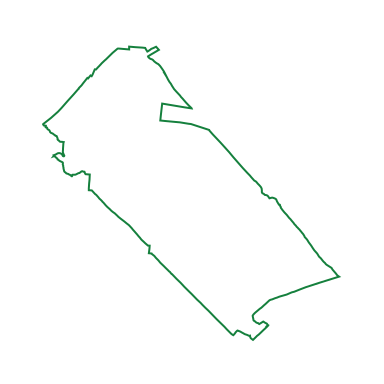 the district of Ibanesti, Botosani, Romania, rotated 186°
{"feature_id": "2599482B35973270357670", "entity_name": "Ibanesti", "entity_type": "district", "adm_level": 2, "iso_a3": "ROU", "parent_name": "Romania", "parent_adm1": "Botosani", "projection": "equal_earth", "projection_center": [26.394, 48.051], "detail": "fine", "context": "isolated", "style": "outline", "palette": "green", "viewbox_px": 384, "rotation_deg": 186, "n_neighbors": 0, "source": "geoboundaries", "source_scale": "gbopen_adm2", "svg_char_len": 5955}
<svg xmlns="http://www.w3.org/2000/svg" viewBox="0 0 384 384"><g transform="rotate(186 192 192)"><path d="M320.0,276.6L325.2,269.5L330.5,262.0L333.7,257.8L340.0,250.9L347.1,244.0L347.1,243.7L346.9,243.6L346.5,242.8L346.1,242.6L345.2,242.6L344.3,242.7L344.2,242.6L344.4,241.2L344.2,241.0L343.0,240.9L342.7,240.5L342.6,239.9L342.5,239.7L341.9,239.2L341.2,238.9L340.5,238.6L340.2,238.3L339.7,237.5L339.3,236.7L338.9,236.4L338.5,236.1L336.7,235.6L335.6,234.9L334.8,234.4L333.9,234.0L333.7,233.8L333.6,233.6L332.8,233.6L332.5,233.5L331.4,231.5L331.0,230.3L331.1,230.2L330.9,229.9L330.5,229.6L330.1,229.4L329.7,229.2L328.9,228.4L328.3,228.2L326.2,228.3L324.8,228.2L325.0,227.5L325.0,226.9L324.8,221.4L324.7,220.3L324.7,219.3L324.6,218.1L324.3,217.4L324.0,216.8L323.6,216.0L323.0,215.1L322.8,214.7L322.9,214.4L323.2,214.1L323.6,214.1L324.0,214.2L324.3,214.5L324.9,215.4L325.3,215.9L325.9,216.3L326.7,216.6L327.4,216.8L328.4,216.8L329.7,216.4L331.5,215.0L333.0,214.3L333.2,214.2L332.9,214.0L333.5,213.0L332.7,213.4L332.4,213.3L331.9,212.8L331.3,212.5L330.7,211.9L329.9,211.5L329.3,211.0L329.1,210.3L328.2,210.0L327.4,209.4L326.7,209.0L324.9,208.4L324.3,208.2L323.6,207.8L323.5,207.5L323.4,207.2L323.4,206.8L323.4,205.8L322.9,204.9L322.7,203.6L322.4,203.0L322.2,201.8L321.6,200.2L321.3,199.3L320.7,198.6L319.7,198.1L319.0,197.4L318.1,197.2L316.9,197.0L316.0,196.5L315.1,196.3L314.3,195.7L313.7,195.4L313.1,195.1L312.9,195.3L313.0,195.9L313.0,196.4L312.8,196.6L312.4,196.7L311.3,196.8L309.6,197.1L308.2,198.0L307.3,198.6L306.8,198.9L306.0,199.1L304.9,200.1L304.1,200.9L303.6,201.1L303.2,201.2L302.6,201.0L301.6,200.8L301.1,200.9L300.8,200.4L300.7,200.0L300.0,198.9L299.7,198.6L295.5,198.7L295.2,193.5L295.2,189.9L295.0,184.7L294.8,183.0L291.8,183.1L288.1,179.8L287.0,179.2L284.5,176.9L283.6,175.9L281.7,174.5L280.6,173.6L280.1,173.0L279.0,172.2L277.1,170.4L276.6,169.9L274.7,168.3L271.9,166.3L271.1,165.6L270.1,164.8L268.4,163.7L266.7,162.8L264.2,160.9L263.3,160.2L262.9,159.8L262.0,159.2L260.3,158.1L256.2,155.6L253.8,154.0L252.0,152.9L251.1,152.3L247.8,149.4L247.2,148.7L245.0,146.7L243.4,145.2L242.3,144.2L240.5,142.4L238.8,140.9L238.4,140.4L237.4,139.4L236.4,138.6L235.0,137.6L233.1,136.1L230.2,134.1L228.5,134.2L228.4,131.8L228.4,130.2L228.5,126.6L225.8,126.6L225.7,126.3L225.4,126.2L225.2,126.0L222.8,124.5L221.0,122.7L219.4,121.4L218.3,120.5L216.9,119.1L216.2,118.4L212.2,115.3L210.5,113.9L207.7,111.7L206.4,110.6L205.6,110.2L204.8,109.3L203.7,108.3L203.4,108.3L198.3,104.0L193.8,100.5L189.7,96.9L184.1,92.4L181.8,90.6L175.7,85.5L171.8,82.6L170.0,81.0L166.7,78.3L163.4,75.8L161.0,73.8L156.6,70.1L154.2,68.1L145.7,61.4L143.1,59.1L138.3,55.2L137.7,54.8L137.2,54.5L136.0,53.9L135.3,54.7L134.4,56.1L133.9,57.1L133.2,58.0L132.8,58.5L132.5,58.8L132.2,59.0L129.3,58.2L127.8,57.5L126.3,56.9L125.0,56.3L124.5,56.1L122.5,55.7L120.1,54.9L119.3,55.2L119.1,54.4L119.0,54.0L118.7,53.4L118.3,52.8L117.4,52.2L115.9,51.3L115.2,52.1L112.9,54.9L112.2,55.8L110.8,57.1L109.0,59.2L106.5,62.2L105.5,63.3L103.8,65.3L104.1,65.5L104.1,65.8L103.1,66.9L102.8,66.6L102.3,67.1L102.2,67.4L102.8,67.7L103.3,68.2L103.7,68.8L104.2,69.1L105.0,69.3L106.3,69.9L107.1,70.4L107.6,70.6L111.3,67.7L111.7,67.9L112.5,68.5L113.2,68.5L114.6,69.0L116.1,70.1L116.5,70.3L117.1,70.5L117.4,70.9L117.5,71.1L117.7,72.0L118.4,74.1L118.7,75.1L118.7,75.5L118.4,76.0L117.9,76.9L116.7,78.4L112.3,83.0L111.1,84.0L109.9,85.3L108.8,86.6L107.1,88.4L104.0,92.0L103.5,92.5L102.4,93.1L101.0,93.6L98.4,95.0L95.9,96.1L95.1,96.6L93.6,97.3L87.1,99.9L82.9,102.3L82.1,102.7L79.9,103.5L74.8,106.2L68.7,109.3L55.2,115.3L36.9,123.2L38.8,124.3L40.5,126.1L44.2,129.6L45.3,131.1L47.1,132.0L49.5,133.2L50.5,133.7L51.4,134.3L52.3,135.3L53.7,136.3L54.8,137.3L56.9,139.5L58.9,141.0L60.1,142.6L61.1,143.9L64.2,146.7L66.0,148.8L67.9,151.2L70.6,154.1L71.5,155.3L72.7,156.8L73.9,157.9L75.2,159.0L75.7,160.0L76.0,160.5L76.5,161.0L76.8,161.5L77.6,162.3L78.5,163.1L79.2,163.9L80.7,165.3L81.3,166.0L82.2,166.6L83.2,167.6L84.1,168.2L84.7,168.8L85.1,169.3L85.4,169.6L85.7,169.8L86.2,170.2L86.8,170.7L87.8,171.9L89.5,173.5L91.4,175.4L92.2,176.0L92.7,176.4L95.3,179.1L98.0,181.4L100.4,183.8L100.9,184.4L102.1,185.7L102.1,186.3L102.4,186.7L103.2,187.7L103.2,187.9L103.1,188.1L103.2,188.4L103.5,188.6L104.2,188.5L105.8,190.6L106.5,191.6L106.9,192.3L107.4,193.3L107.8,193.7L109.1,194.3L111.3,194.8L112.0,194.7L113.4,194.2L114.2,193.8L114.3,193.8L115.2,194.9L116.2,196.0L116.8,196.4L118.1,196.7L119.1,196.7L119.4,196.8L120.5,197.7L121.2,197.9L121.7,198.1L121.8,198.1L122.3,198.7L122.5,199.1L122.6,199.8L122.6,200.4L123.1,202.7L123.4,203.2L124.0,204.1L124.6,204.7L125.9,205.9L127.5,207.2L128.9,208.6L129.7,209.2L131.3,209.9L134.6,212.9L136.1,214.4L139.0,216.8L142.2,219.6L143.7,220.9L147.5,224.4L154.4,230.8L158.3,234.6L159.1,235.4L168.9,244.2L177.4,251.5L181.2,255.0L181.4,255.5L200.2,259.5L202.4,259.5L211.3,260.0L218.1,259.9L226.1,259.8L231.0,259.8L231.0,265.3L230.9,276.8L207.9,275.4L201.1,275.1L201.2,275.3L204.5,277.9L207.3,280.3L210.5,283.3L211.0,283.8L212.9,285.4L213.6,286.2L213.8,286.5L218.3,290.4L220.6,292.5L221.7,293.9L223.0,295.5L223.4,296.1L224.3,297.4L226.0,299.2L227.7,301.5L229.1,303.7L230.4,305.4L231.4,306.7L231.0,306.6L232.5,308.9L234.6,311.4L236.9,314.0L238.8,315.6L239.2,315.8L239.8,316.0L241.4,316.8L243.3,318.0L244.6,319.2L245.0,319.4L245.8,319.8L247.0,320.0L247.5,320.2L248.4,320.7L249.1,321.2L249.6,321.7L249.9,322.3L246.6,324.9L245.2,325.9L239.8,329.9L242.9,332.7L245.2,331.3L245.6,331.1L246.2,330.7L246.9,330.4L247.7,329.9L248.3,329.2L249.1,328.6L250.0,327.7L251.1,327.0L252.1,328.3L252.7,329.0L253.6,330.4L256.6,330.4L263.7,330.1L269.7,330.0L269.4,327.2L279.9,327.0L281.0,326.8L285.5,322.1L291.6,314.7L292.4,313.9L295.4,310.4L296.2,309.2L297.1,308.1L297.4,307.6L298.4,306.4L300.3,303.8L301.5,303.8L303.2,298.2L303.9,296.7L305.1,297.3L307.2,294.1L308.0,294.5L311.7,288.7L313.0,286.5L315.1,283.9L315.4,283.4L315.4,283.2L315.5,283.2L315.7,282.8L315.8,282.6L320.0,276.6Z" fill="none" stroke="#15803d" stroke-width="2"/></g></svg>